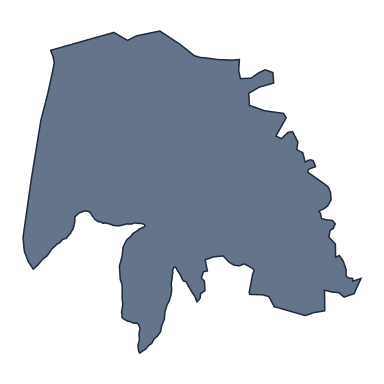 Iwajowa, Oyo, Nigeria
{"feature_id": "59680162B76564266679550", "entity_name": "Iwajowa", "entity_type": "district", "adm_level": 2, "iso_a3": "NGA", "parent_name": "Nigeria", "parent_adm1": "Oyo", "projection": "robinson", "projection_center": [3.013, 7.985], "detail": "fine", "context": "isolated", "style": "filled", "palette": "slate", "viewbox_px": 384, "rotation_deg": 0, "n_neighbors": 0, "source": "geoboundaries", "source_scale": "gbopen_adm2", "svg_char_len": 3092}
<svg xmlns="http://www.w3.org/2000/svg" viewBox="0 0 384 384"><path d="M361.0,278.5L352.8,281.2L352.6,278.4L347.8,277.8L346.0,275.5L346.2,269.8L343.2,261.1L339.4,255.5L335.6,257.2L335.4,244.0L331.2,239.7L328.7,236.6L329.2,236.0L330.0,230.4L333.4,228.4L334.1,226.3L335.3,223.9L332.4,220.4L326.5,219.9L321.5,218.5L320.5,213.4L318.8,211.3L324.7,208.2L327.7,205.9L331.1,199.8L330.6,192.9L329.6,190.2L328.7,188.0L327.5,186.2L326.3,185.4L324.7,184.2L307.7,172.2L308.3,170.5L308.8,169.1L315.5,166.7L314.5,163.9L313.1,160.6L310.5,159.8L308.1,160.4L305.2,162.1L302.8,152.8L296.7,149.6L297.9,142.2L292.6,131.6L288.0,132.4L281.5,138.6L275.9,136.1L286.2,117.8L283.5,113.4L264.8,110.8L249.4,105.4L248.8,93.3L259.2,87.2L273.7,83.0L272.9,72.6L265.2,69.8L258.8,72.7L251.1,78.2L240.4,78.6L238.7,70.6L239.4,59.5L232.5,60.1L218.1,59.6L204.2,57.7L200.9,57.6L194.3,55.7L180.9,45.0L159.9,31.0L136.6,35.8L127.5,40.4L113.9,32.4L50.6,50.3L53.0,56.5L54.3,62.9L54.2,63.2L54.1,63.5L53.0,69.5L48.0,92.5L45.8,101.3L40.9,120.2L31.4,178.5L23.0,237.6L24.4,251.5L28.3,261.6L33.2,269.2L38.0,264.9L42.3,259.6L47.2,255.7L51.9,248.8L54.4,246.8L56.7,244.4L60.1,242.4L61.5,240.6L62.9,239.3L66.1,238.4L67.3,237.0L68.4,235.8L69.3,234.4L70.5,233.6L70.6,233.0L71.3,231.4L72.2,230.3L73.3,228.2L74.2,224.9L74.7,221.9L74.8,220.0L74.9,216.7L76.2,215.7L77.4,214.6L78.8,213.1L81.4,212.1L84.5,211.1L86.3,210.9L89.0,211.6L90.8,213.3L92.2,215.9L93.5,217.3L95.0,219.6L96.9,220.7L98.2,221.8L100.5,221.7L102.9,223.3L105.8,223.0L110.0,224.1L112.7,225.2L114.9,225.7L116.8,225.6L118.1,226.0L120.5,225.5L122.7,225.1L126.3,223.9L129.0,224.1L132.1,223.9L134.4,222.9L138.4,223.4L141.9,223.6L144.3,224.4L144.9,225.1L144.7,226.1L143.6,227.2L141.9,227.7L140.9,228.6L139.3,228.8L138.1,230.3L136.5,231.3L134.5,232.4L132.8,233.6L131.1,236.0L126.4,240.2L123.1,247.1L122.1,256.2L119.4,266.0L120.3,279.6L122.1,284.8L122.2,291.2L122.1,298.0L122.8,304.3L122.0,309.4L121.5,312.3L122.0,314.3L122.0,317.4L123.3,318.7L127.3,321.1L130.5,321.7L133.0,323.0L135.2,323.1L136.7,323.1L138.0,323.8L138.8,325.3L139.6,327.0L140.0,328.6L139.0,333.2L139.4,340.2L137.9,345.3L138.2,348.2L138.6,350.8L139.5,353.0L141.1,352.2L142.6,351.0L145.8,349.1L148.3,345.7L151.7,343.4L154.0,339.1L157.6,335.9L160.5,331.8L161.7,325.6L164.4,319.1L164.9,312.2L167.0,305.1L169.1,301.2L171.0,295.1L171.7,290.0L171.2,283.1L172.1,278.9L172.5,273.8L172.9,272.7L172.7,271.6L172.6,270.5L172.9,269.7L173.2,268.7L173.7,267.5L173.8,267.4L174.4,267.0L174.5,267.0L175.2,267.3L176.1,267.9L176.6,268.8L177.2,270.2L177.8,271.3L178.9,272.5L181.2,276.7L182.0,278.9L183.5,281.0L186.2,281.7L188.4,286.1L192.7,293.4L194.9,296.2L196.2,300.3L197.0,301.9L200.1,298.3L200.6,293.8L205.0,290.6L204.4,280.9L201.3,278.2L203.5,271.7L207.4,271.0L205.2,259.8L213.3,256.9L223.2,256.0L229.0,262.1L233.8,265.1L238.4,265.7L239.4,265.8L244.2,263.9L252.2,268.1L254.2,270.3L252.7,274.0L249.2,292.2L249.7,294.4L262.7,294.8L268.9,296.6L274.2,306.7L291.1,311.5L305.3,315.6L313.5,312.7L324.8,310.8L324.5,290.1L331.5,292.0L338.7,292.6L344.1,297.1L354.2,293.6L357.2,286.8L361.0,278.5Z" fill="#64748b" stroke="#1e293b" stroke-width="1.5"/></svg>